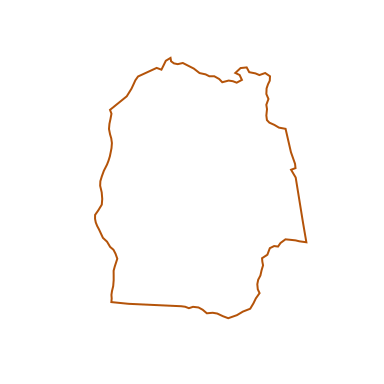 outline of Macieira, Santa Catarina, Brazil, rotated 245°
{"feature_id": "56859067B68237115379789", "entity_name": "Macieira", "entity_type": "district", "adm_level": 2, "iso_a3": "BRA", "parent_name": "Brazil", "parent_adm1": "Santa Catarina", "projection": "equal_earth", "projection_center": [-51.346, -26.801], "detail": "fine", "context": "isolated", "style": "outline", "palette": "amber", "viewbox_px": 384, "rotation_deg": 245, "n_neighbors": 0, "source": "geoboundaries", "source_scale": "gbopen_adm2", "svg_char_len": 1713}
<svg xmlns="http://www.w3.org/2000/svg" viewBox="0 0 384 384"><g transform="rotate(245 192 192)"><path d="M98.1,274.4L117.5,279.7L161.3,292.1L165.2,291.7L170.3,291.2L169.9,295.9L174.0,297.3L186.3,298.5L209.7,303.5L213.6,298.0L218.0,295.0L222.2,291.4L225.5,290.3L229.9,291.7L235.4,295.0L239.6,296.2L244.0,300.6L249.4,300.8L254.4,303.4L257.6,306.5L260.0,309.5L263.9,311.6L268.9,308.6L269.5,302.5L272.7,299.6L276.4,294.5L281.8,294.2L283.8,288.4L281.6,281.6L277.9,284.6L272.5,284.6L272.2,278.7L275.1,275.9L277.5,272.3L278.7,265.8L282.9,264.4L287.5,261.1L289.6,256.6L292.9,254.0L296.6,249.1L303.1,245.8L312.8,238.2L313.9,233.1L316.2,230.0L319.3,228.3L322.6,229.2L322.0,223.7L319.3,220.4L315.8,216.0L319.4,212.4L319.5,191.9L317.2,187.9L314.8,185.1L311.2,180.8L306.3,173.3L301.1,152.4L297.0,152.1L292.8,149.1L288.7,146.0L284.2,143.4L278.9,142.1L274.8,141.5L270.2,140.1L265.8,137.6L262.5,135.2L259.0,132.6L255.7,129.6L252.8,126.6L248.5,121.1L244.2,116.8L240.5,113.5L236.5,111.4L229.8,110.0L223.6,107.7L218.7,104.9L214.9,99.2L212.2,94.5L208.7,92.8L205.0,91.9L201.1,91.7L197.6,91.9L193.5,91.9L188.1,91.9L182.9,94.0L176.8,94.6L172.9,96.4L168.4,96.6L163.1,96.1L157.1,90.5L153.8,87.7L149.4,85.7L145.1,83.7L140.0,80.8L136.0,77.6L132.8,75.5L129.4,74.2L126.3,72.4L117.5,87.2L93.0,134.0L90.9,137.3L88.0,140.1L87.5,144.4L84.6,149.1L80.8,151.9L75.8,154.2L73.8,159.7L71.2,163.5L66.4,167.5L62.3,171.5L61.4,180.7L62.1,187.6L61.6,195.4L65.1,200.6L68.6,204.9L71.8,210.5L76.0,210.5L80.8,212.2L84.5,214.9L87.4,218.7L91.8,222.1L95.5,225.4L99.1,226.3L102.4,227.5L103.3,233.8L108.2,238.8L108.3,243.6L106.2,246.9L108.4,250.7L109.6,256.7L107.0,261.1L104.4,265.4L102.0,268.4L98.1,274.4Z" fill="none" stroke="#b45309" stroke-width="2"/></g></svg>